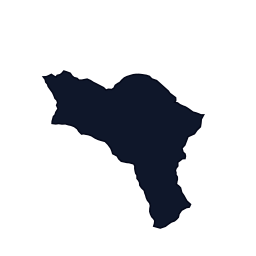 outline of Vera Cruz, São Paulo, Brazil, rotated 310°
{"feature_id": "56859067B10752098024653", "entity_name": "Vera Cruz", "entity_type": "district", "adm_level": 2, "iso_a3": "BRA", "parent_name": "Brazil", "parent_adm1": "São Paulo", "projection": "mercator", "projection_center": [-49.836, -22.226], "detail": "fine", "context": "isolated", "style": "filled", "palette": "ink", "viewbox_px": 256, "rotation_deg": 310, "n_neighbors": 0, "source": "geoboundaries", "source_scale": "gbopen_adm2", "svg_char_len": 2235}
<svg xmlns="http://www.w3.org/2000/svg" viewBox="0 0 256 256"><g transform="rotate(310 128 128)"><path d="M112.7,30.2L112.0,33.3L110.3,35.5L109.9,38.2L108.6,40.1L107.8,43.1L106.7,47.5L105.2,50.6L103.8,53.0L103.6,55.6L102.2,57.9L99.5,58.7L97.9,62.0L93.7,62.6L91.1,63.7L88.9,63.5L86.4,64.7L84.4,65.6L82.7,66.9L84.7,70.0L86.9,72.0L88.6,74.8L91.0,77.4L92.2,80.2L93.5,82.6L94.6,85.9L94.8,89.8L93.9,92.4L93.5,96.3L95.0,97.6L96.1,99.6L97.4,101.8L98.6,104.9L99.2,109.3L100.1,112.5L101.2,115.2L103.0,119.1L102.6,123.3L101.4,128.0L99.8,130.9L98.5,132.8L99.0,134.9L99.6,137.7L98.4,140.8L98.2,144.2L99.9,147.4L100.9,149.3L102.2,151.1L103.3,153.5L104.2,155.5L103.3,157.7L101.3,159.3L99.9,160.9L98.3,163.0L97.6,165.3L95.1,167.4L94.7,169.6L93.8,171.8L91.7,173.9L90.9,176.8L90.6,180.6L89.1,182.6L87.9,184.8L86.4,186.9L85.2,189.3L84.5,192.9L82.8,195.2L80.5,196.5L78.0,198.4L76.5,200.7L75.3,203.3L75.0,205.9L74.3,208.1L71.7,209.8L69.3,210.8L70.7,213.9L72.1,217.0L74.4,218.4L76.7,219.8L80.2,220.6L83.8,221.6L86.7,223.3L89.4,223.8L92.0,223.9L95.0,222.3L99.4,221.9L102.3,223.0L104.6,223.9L106.8,225.8L109.7,225.0L109.9,220.0L110.9,217.3L112.0,214.5L113.1,210.6L115.9,206.7L116.2,204.0L116.0,201.3L118.4,199.8L120.3,198.9L122.2,197.2L123.0,194.7L124.7,193.4L125.7,191.7L127.9,190.7L130.9,190.6L133.7,188.1L137.0,188.9L139.5,189.4L141.2,191.3L143.4,190.1L144.8,188.3L144.8,185.8L147.2,182.3L151.4,182.5L156.6,180.7L159.9,179.5L163.0,181.0L166.3,182.6L170.6,182.2L175.4,182.7L178.7,180.7L181.8,178.5L186.7,177.5L184.9,175.4L184.3,173.3L183.3,170.5L181.9,167.5L181.6,163.0L181.3,160.2L180.9,158.1L180.1,156.0L179.2,152.7L179.1,149.9L177.7,147.1L179.9,146.8L181.8,145.0L181.6,140.8L181.4,137.8L182.2,135.1L182.7,119.4L181.6,116.6L180.9,114.6L181.3,111.2L180.1,108.2L177.6,104.1L176.1,101.9L174.2,99.7L172.2,97.8L169.8,96.2L166.7,94.2L164.0,93.0L160.5,92.5L157.7,92.5L155.5,91.6L152.5,90.8L149.7,91.6L147.1,90.9L145.0,88.0L142.9,86.8L143.2,83.4L142.1,78.5L141.3,74.9L140.6,72.2L140.2,68.8L139.2,65.3L137.0,63.5L135.1,62.0L133.1,59.6L133.3,57.1L131.9,54.2L131.9,51.7L132.8,48.5L131.7,45.4L130.4,42.2L127.3,42.2L125.2,41.7L122.8,39.9L120.7,40.2L120.1,37.8L119.8,34.8L116.9,33.6L114.7,32.4L112.7,30.2Z" fill="#0f172a" stroke="#020617" stroke-width="1.5"/></g></svg>